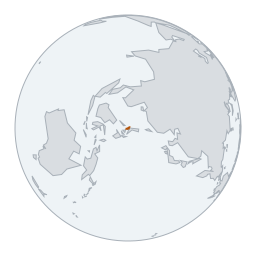 Mindoro Occidental highlighted on a globe, orthographic projection, rotated 95°
{"feature_id": "PHL-2570", "entity_name": "Mindoro Occidental", "entity_type": "Province", "adm_level": 1, "iso_a3": "PHL", "parent_name": "Philippines", "parent_adm1": "", "projection": "orthographic", "projection_center": [120.676, 13.012], "detail": "fine", "context": "on_globe", "style": "filled", "palette": "amber", "viewbox_px": 256, "rotation_deg": 95, "n_neighbors": 0, "source": "natural_earth", "source_scale": "10m", "svg_char_len": 9550}
<svg xmlns="http://www.w3.org/2000/svg" viewBox="0 0 256 256"><g transform="rotate(95 128 128)"><circle cx="128" cy="128" r="113" fill="#eef3f6" stroke="#a8b0b8"/><path d="M221.1,170.8L221.0,171.5L220.9,171.7L221.1,170.8ZM189.9,33.9L185.4,31.3L182.8,31.6L185.7,34.3L182.1,32.0L190.2,39.3L191.2,42.7L187.8,37.4L185.6,35.8L185.1,37.1L182.9,35.9L181.3,35.9L178.6,34.4L176.8,31.8L175.0,30.9L174.8,31.9L171.9,31.4L172.6,29.8L167.6,28.8L163.7,25.0L167.5,23.6L163.1,21.5L161.6,20.5L171.4,24.1L180.9,28.6L189.9,33.9ZM233.9,95.1L233.0,92.7L233.7,93.6L233.9,95.1ZM232.3,91.7L232.7,92.4L232.3,91.8L232.3,91.7ZM232.0,91.5L232.1,91.8L232.0,91.5ZM231.7,91.7L231.8,91.5L231.7,91.7ZM230.9,91.2L230.6,91.0L230.7,90.6L230.9,91.2ZM193.4,36.3L193.3,36.2L191.8,35.2L190.9,34.6L192.4,35.6L193.4,36.3ZM188.3,36.8L188.3,36.0L189.1,37.2L188.3,36.8ZM181.6,36.2L182.3,36.9L181.2,36.7L181.6,36.2ZM176.0,34.2L174.0,33.8L175.8,33.7L176.0,34.2ZM172.6,33.3L167.8,32.7L169.0,34.0L162.8,30.2L169.0,31.8L170.9,31.4L171.0,32.3L172.6,33.3ZM161.3,20.4L160.7,20.3L158.3,19.5L158.9,19.9L154.8,18.8L153.5,18.4L154.7,18.6L152.2,18.0L152.8,18.1L161.3,20.4ZM160.1,28.4L158.7,28.0L159.9,27.9L160.1,28.4ZM150.8,17.7L150.7,17.7L147.4,17.0L147.6,17.1L150.8,17.7ZM161.1,20.6L160.2,20.6L156.6,19.6L155.8,19.5L154.6,18.8L161.1,20.6ZM152.0,18.0L151.7,17.9L150.8,17.7L152.0,18.0ZM145.1,16.7L145.6,16.8L145.8,16.8L144.2,16.6L145.1,16.7ZM152.2,18.3L150.9,18.0L152.5,18.5L149.9,18.0L149.6,17.7L148.6,17.6L147.8,17.5L148.4,17.4L152.2,18.3ZM143.2,16.4L144.1,16.5L143.2,16.5L141.9,16.2L139.7,16.0L143.2,16.4ZM146.2,17.0L144.3,16.7L145.2,16.7L147.1,17.0L146.2,17.0ZM148.2,17.8L152.3,18.7L152.2,18.7L148.2,17.8ZM142.0,16.4L142.3,16.5L141.6,16.3L142.0,16.4ZM146.1,17.3L147.5,17.5L147.4,17.6L146.1,17.3ZM141.8,16.5L141.4,16.4L142.6,16.5L141.8,16.5ZM143.6,16.9L143.1,16.9L143.3,16.6L144.3,16.9L143.6,16.9ZM145.7,17.3L146.1,17.4L145.1,17.2L145.7,17.3ZM137.3,16.3L137.3,15.9L140.0,16.1L139.7,16.4L137.3,16.3ZM34.3,65.5L31.4,71.0L31.6,72.7L38.0,64.4L37.8,61.4L41.3,56.7L44.4,55.5L45.2,58.8L46.6,57.1L49.1,51.9L52.4,49.9L50.4,50.0L48.9,52.0L47.6,52.3L48.8,50.5L49.9,49.8L50.6,48.3L45.2,52.8L43.1,55.3L42.9,54.4L39.4,58.6L38.3,60.0L43.7,53.3L45.5,51.3L46.8,50.0L52.6,44.3L58.8,39.1L65.4,34.4L63.7,35.9L64.6,35.5L68.1,33.4L67.1,34.4L70.8,32.1L71.7,32.6L73.6,30.3L77.8,28.2L80.8,27.5L82.5,26.5L77.7,27.9L75.5,28.8L73.0,30.3L67.3,33.3L67.0,33.3L74.3,29.0L74.6,28.8L80.2,26.0L80.3,26.0L89.9,23.2L91.7,23.8L85.5,28.4L82.6,29.1L83.4,27.7L78.7,30.7L81.0,29.6L80.1,30.6L83.9,29.4L83.5,30.0L87.9,27.9L87.8,28.6L85.0,29.9L90.6,29.2L91.6,30.6L93.1,30.2L94.4,29.3L94.8,32.0L95.9,31.6L96.1,30.5L98.4,29.1L102.6,27.7L102.5,28.7L101.0,29.3L97.7,32.3L93.7,34.1L94.0,34.4L97.5,33.1L101.5,29.4L104.1,28.3L102.6,30.0L103.3,29.3L104.6,29.1L105.7,29.9L107.5,28.1L121.3,26.0L124.9,27.7L122.0,29.2L131.5,29.9L134.8,32.6L135.0,31.5L139.8,31.5L138.8,30.6L139.2,30.2L150.9,30.8L153.6,32.0L158.8,31.8L159.0,31.4L157.3,30.4L162.8,30.2L169.0,34.0L168.4,34.8L172.7,37.0L170.7,38.7L171.1,41.3L166.5,42.4L167.2,44.7L168.8,45.3L170.9,49.2L169.8,55.6L163.6,47.6L163.9,39.0L163.2,42.1L161.3,40.7L159.7,41.4L159.3,43.8L160.6,44.5L149.3,46.0L144.2,52.6L149.7,53.0L152.4,55.8L151.5,65.4L138.3,77.2L141.8,82.4L141.5,85.5L137.4,86.8L137.7,82.3L134.2,80.2L135.0,77.6L128.6,78.8L129.4,75.2L124.0,78.3L125.2,81.4L130.6,81.4L125.5,86.0L130.1,91.9L129.7,98.4L119.3,108.8L110.0,111.2L109.2,113.3L106.0,110.4L100.9,114.0L106.5,126.7L106.1,130.1L98.2,135.8L98.2,133.2L89.5,125.6L87.3,133.7L93.9,141.5L96.1,149.8L90.8,146.6L88.6,139.2L85.6,136.4L86.8,129.3L85.0,118.3L79.7,119.5L80.5,115.3L77.2,105.9L69.8,107.4L57.9,116.5L55.6,127.1L51.7,131.1L48.6,114.3L50.0,103.8L47.1,104.1L45.4,94.2L37.4,90.6L37.8,87.8L35.9,88.3L34.9,84.7L36.1,80.2L34.8,79.7L32.0,91.7L33.6,92.3L37.1,89.1L35.8,93.1L37.0,97.8L30.2,105.6L20.8,109.5L22.5,101.4L28.8,77.9L30.1,75.8L30.2,75.6L30.5,75.1L28.4,78.3L30.4,74.0L24.2,89.4L22.0,95.8L20.7,109.9L20.1,110.9L20.5,114.1L24.8,113.8L24.2,116.4L20.6,127.3L17.0,140.7L19.0,152.7L21.2,162.4L22.1,166.4L19.6,158.7L17.7,150.8L16.3,142.8L15.6,134.8L15.4,126.7L15.8,118.6L16.7,110.5L18.3,102.6L20.4,94.7L23.1,87.1L26.3,79.6L30.0,72.4L34.3,65.5ZM71.4,30.6L71.5,30.6L70.0,31.4L71.4,30.6ZM43.4,67.4L45.6,69.6L49.2,63.4L50.3,63.9L51.1,61.8L49.4,63.0L52.1,57.5L54.7,56.8L56.8,54.5L56.1,53.7L50.9,55.9L47.1,63.6L44.6,65.4L43.4,67.4ZM133.0,15.5L133.3,15.5L131.2,15.4L133.6,15.5L130.3,15.5L130.9,15.6L128.3,15.8L123.8,15.9L124.9,16.0L122.9,16.4L119.1,16.6L121.0,16.2L115.5,16.9L115.8,16.5L115.2,16.6L114.0,16.5L111.4,16.8L112.1,16.6L110.8,16.8L110.0,16.8L108.4,17.1L108.8,17.0L116.8,15.9L124.9,15.4L133.0,15.5ZM136.5,16.3L131.1,16.1L128.6,15.9L134.3,15.7L134.2,15.6L137.7,15.8L141.2,16.2L139.9,16.0L139.4,16.0L138.5,15.9L138.9,16.0L137.1,15.9L136.8,16.0L135.1,15.9L136.5,16.3ZM68.4,32.4L68.4,32.5L67.5,33.0L66.5,33.7L68.4,32.4ZM103.0,19.8L104.5,19.3L105.0,19.3L109.0,18.5L109.1,18.9L106.7,19.5L103.0,19.8ZM36.7,65.4L35.3,66.6L35.9,65.5L36.2,65.3L36.7,65.4ZM37.2,61.4L36.0,63.4L36.8,62.0L37.2,61.4ZM103.8,20.1L105.4,19.7L104.4,20.2L103.8,20.1ZM109.4,19.2L108.6,19.7L109.6,18.8L109.4,19.2ZM69.5,220.7L71.9,222.2L70.7,221.9L69.5,220.7ZM25.7,165.1L30.0,180.8L28.7,179.7L26.1,174.3L23.0,164.4L23.8,162.8L23.5,158.8L25.7,165.1ZM124.7,171.2L128.2,172.0L128.1,172.5L124.7,171.2ZM121.0,169.2L125.0,169.7L120.4,170.2L121.0,169.2ZM126.5,169.9L130.6,169.2L132.3,168.5L132.0,169.6L126.5,169.9ZM118.3,169.0L104.0,167.4L98.5,165.4L99.7,163.7L108.7,165.2L118.3,169.0ZM99.3,163.6L90.9,157.3L79.9,140.3L83.8,141.2L95.4,152.1L94.6,153.6L99.7,158.4L99.3,163.6ZM119.9,156.1L119.1,160.9L111.2,159.7L107.6,158.5L105.1,152.0L106.5,149.0L109.4,149.5L121.1,139.9L125.1,142.9L121.4,147.1L124.7,151.6L119.9,156.1ZM55.9,128.3L57.5,135.2L55.5,135.8L55.9,128.3ZM126.1,132.8L121.2,137.1L125.8,131.2L126.1,132.8ZM129.0,127.2L129.1,129.6L127.3,127.1L129.0,127.2ZM108.9,116.5L105.8,116.7L105.8,115.0L109.8,113.8L108.9,116.5ZM129.5,104.0L128.9,108.9L128.1,110.5L127.0,107.4L129.5,104.0ZM106.7,25.1L101.1,25.5L97.0,26.6L94.8,28.2L95.5,26.4L101.7,24.7L106.7,25.1ZM119.5,25.6L121.4,24.6L122.2,25.2L121.9,25.5L119.5,25.6ZM119.4,24.9L118.7,23.5L120.8,23.0L121.0,24.2L119.4,24.9ZM111.0,21.2L109.3,21.2L110.1,20.7L111.0,21.2ZM194.5,211.9L195.6,212.3L192.4,215.2L188.0,218.2L184.1,219.4L194.5,211.9ZM163.0,220.2L162.8,217.1L167.5,216.8L165.6,219.6L163.0,220.2ZM197.5,209.6L200.4,206.5L201.5,202.9L201.2,206.1L203.5,205.8L196.5,212.0L197.5,209.6ZM145.7,206.6L123.7,211.8L118.8,210.6L119.9,207.9L115.1,198.9L116.7,199.2L115.4,193.2L128.3,188.8L137.5,179.5L144.9,180.6L150.4,173.6L158.0,174.4L155.8,180.1L163.9,184.2L169.2,171.5L174.2,185.3L180.1,190.1L182.0,198.5L171.8,212.3L165.9,214.9L164.7,213.6L162.2,215.0L158.3,214.4L156.0,209.9L153.6,211.2L155.9,208.0L152.4,210.8L150.3,207.9L145.7,206.6ZM200.6,183.0L201.8,183.4L203.6,185.6L201.8,185.3L200.6,183.0ZM218.1,174.0L218.6,175.0L217.5,175.4L218.1,174.0ZM220.9,171.7L219.4,172.3L221.1,170.8L220.9,171.7ZM206.6,174.8L207.2,175.6L206.7,176.0L206.6,174.8ZM206.2,174.6L206.9,173.2L206.8,174.5L206.2,174.6ZM200.6,167.4L201.3,166.7L201.6,167.2L200.6,167.4ZM133.4,172.4L138.2,169.1L140.9,168.9L133.4,172.4ZM199.6,165.9L197.8,165.8L198.0,165.1L199.6,165.9ZM199.7,164.2L199.5,163.1L200.6,165.6L199.7,164.2ZM196.3,161.9L198.5,163.7L196.0,162.1L196.3,161.9ZM195.0,162.2L193.5,161.4L193.6,161.0L195.0,162.2ZM177.6,163.4L183.4,169.7L178.7,169.5L173.5,165.5L169.6,169.0L160.5,168.1L162.5,165.9L161.3,162.4L151.9,160.6L150.1,158.2L153.4,156.9L147.3,154.8L153.9,154.2L156.7,158.9L160.5,155.5L167.1,156.7L173.5,158.5L178.8,162.1L177.6,163.4ZM154.0,164.3L155.2,164.3L154.2,165.7L154.0,164.3ZM190.5,158.8L192.7,161.1L192.5,161.6L191.4,161.3L190.5,158.8ZM180.0,161.3L185.6,157.7L187.0,157.8L183.2,162.0L180.0,161.3ZM184.2,155.2L186.9,155.8L188.3,157.9L187.7,158.5L184.2,155.2ZM140.4,159.2L140.1,160.4L138.4,159.3L140.4,159.2ZM142.6,158.6L147.8,160.3L142.1,159.6L142.6,158.6ZM127.0,152.9L128.5,156.1L133.2,154.5L129.6,157.0L132.9,162.2L131.8,164.0L128.6,158.4L127.5,163.8L125.4,163.5L124.3,158.7L126.3,153.1L128.4,150.8L137.0,150.6L127.0,152.9ZM142.6,154.9L141.2,151.2L142.2,149.0L143.7,150.9L142.6,154.9ZM137.2,142.5L133.7,138.1L130.4,139.4L137.2,134.3L139.4,139.3L137.2,142.5ZM134.4,133.3L131.3,134.5L134.6,131.5L134.4,133.3ZM130.6,133.0L130.3,130.2L132.7,130.8L130.6,133.0ZM136.0,133.6L136.7,128.9L137.8,131.8L136.0,133.6ZM129.6,123.8L134.5,128.9L127.9,126.3L128.1,117.2L130.9,117.3L129.6,123.8ZM148.3,89.6L147.8,87.1L150.5,86.8L150.0,88.5L148.3,89.6ZM158.9,84.4L151.1,85.9L144.7,87.5L146.5,88.8L144.8,92.8L142.3,88.7L147.0,84.6L151.7,84.2L152.8,80.9L156.4,79.0L156.2,74.8L157.9,73.3L159.6,77.0L158.9,84.4ZM155.8,73.1L156.6,66.2L161.6,67.7L162.5,69.5L160.0,72.0L157.6,71.0L155.8,73.1ZM158.3,65.1L155.9,64.2L152.1,54.2L152.6,52.5L158.0,60.4L156.1,60.1L156.2,62.4L158.3,65.1ZM159.0,28.5L158.7,28.0L159.8,28.6L159.0,28.5ZM138.6,29.7L139.4,29.1L140.7,29.7L138.6,29.7ZM142.4,28.0L140.4,27.8L142.5,27.6L142.4,28.0ZM135.9,27.4L139.6,27.5L136.0,28.1L135.9,27.4Z" fill="#d9dde1" stroke="#a8b0b8" stroke-width="1"/><path d="M129.1,129.6L128.9,129.5L128.8,129.4L128.7,129.3L128.7,129.2L128.5,128.9L128.5,128.7L128.4,128.7L128.2,128.6L128.2,128.4L128.2,128.2L128.0,127.8L128.0,127.7L127.9,127.7L127.7,127.6L127.6,127.4L127.6,127.2L127.4,127.2L127.4,127.3L127.3,127.2L127.5,127.0L127.8,127.0L128.0,127.0L128.4,127.0L128.2,127.5L129.0,127.9L129.1,128.0L129.1,129.6ZM127.2,126.6L127.3,126.7L127.2,126.7L126.9,126.5L126.9,126.4L127.0,126.4L127.2,126.5L127.2,126.6ZM128.8,129.6L128.7,129.6L128.7,129.4L128.8,129.5L128.8,129.6Z" fill="#f59e0b" stroke="#b45309" stroke-width="1.5"/></g></svg>